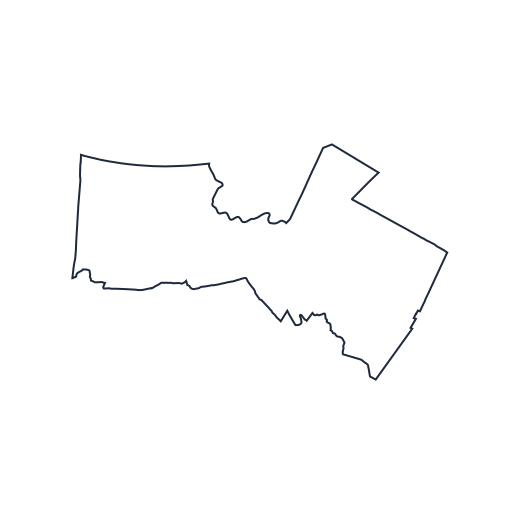 Joita, Giurgiu, Romania (Equal Earth projection), rotated 158°
{"feature_id": "2599482B22090159285998", "entity_name": "Joita", "entity_type": "district", "adm_level": 2, "iso_a3": "ROU", "parent_name": "Romania", "parent_adm1": "Giurgiu", "projection": "equal_earth", "projection_center": [25.867, 44.487], "detail": "fine", "context": "isolated", "style": "outline", "palette": "slate", "viewbox_px": 512, "rotation_deg": 158, "n_neighbors": 0, "source": "geoboundaries", "source_scale": "gbopen_adm2", "svg_char_len": 6128}
<svg xmlns="http://www.w3.org/2000/svg" viewBox="0 0 512 512"><g transform="rotate(158 256 256)"><path d="M227.0,279.3L229.8,280.8L230.4,281.3L230.8,281.6L231.0,282.1L231.2,282.7L231.2,283.3L231.2,284.6L231.1,285.1L230.6,285.6L230.4,286.4L229.9,287.0L228.3,288.3L228.0,288.8L227.9,289.6L228.0,290.6L228.1,290.8L228.3,291.0L229.5,291.7L230.5,291.9L231.8,292.2L233.3,292.2L235.6,291.9L238.3,291.4L239.1,291.3L239.6,291.1L240.2,291.1L243.5,291.1L245.1,291.6L246.4,292.1L248.6,291.9L251.0,291.5L252.7,291.4L253.8,291.6L255.4,292.4L255.9,293.1L256.2,294.0L256.5,296.3L256.9,297.3L257.4,298.5L258.0,298.9L258.5,299.2L259.4,299.3L260.3,299.2L264.0,298.7L265.3,298.8L266.1,299.5L266.3,299.9L266.5,300.5L266.6,301.0L266.6,302.8L266.7,304.2L266.9,306.2L267.8,307.4L268.5,307.9L269.0,308.1L272.9,308.7L273.8,309.0L274.3,309.4L274.7,309.8L275.1,311.0L275.1,311.8L275.1,313.1L275.2,314.8L275.4,315.6L276.5,317.5L276.9,318.0L277.2,318.6L277.3,319.3L277.3,319.9L276.9,320.7L276.2,321.7L275.7,322.2L275.4,322.8L275.1,324.2L274.7,324.9L274.2,325.5L266.7,332.1L265.6,332.8L262.4,333.4L260.7,333.8L260.4,334.3L260.2,335.1L260.4,336.6L261.7,338.1L264.3,341.0L265.0,342.7L264.9,346.8L265.1,348.6L265.5,350.9L265.7,352.9L265.9,356.2L265.8,356.9L265.5,357.9L264.8,359.2L273.0,361.6L284.0,364.9L294.8,368.7L306.4,373.0L317.4,377.7L324.5,381.1L332.3,384.9L340.6,389.3L346.3,392.5L356.8,398.8L363.5,403.1L373.9,410.4L377.2,412.8L380.4,415.4L380.8,414.3L383.6,408.1L383.8,408.1L384.9,406.0L388.6,397.6L389.6,394.9L389.8,393.7L391.0,390.8L392.8,387.3L401.8,369.4L417.2,336.9L420.9,328.7L424.3,321.9L427.7,316.6L429.2,314.1L434.6,304.2L434.0,304.0L433.3,304.2L432.3,304.4L431.4,304.1L430.4,304.4L429.6,305.9L428.2,307.0L426.7,307.3L423.7,307.7L422.4,307.9L421.7,308.4L418.5,307.1L416.2,305.4L415.9,304.6L416.1,303.5L416.4,302.6L416.8,300.5L417.8,299.1L417.9,298.1L417.6,296.9L418.2,295.5L418.1,294.9L416.2,293.2L415.5,292.2L414.4,291.6L412.2,290.8L410.2,290.2L408.4,289.5L407.5,288.4L406.1,287.6L409.3,284.5L409.4,283.0L408.3,282.5L406.7,281.9L404.5,281.2L402.3,279.8L398.5,278.3L389.2,274.1L380.5,270.0L377.5,268.3L374.5,267.2L371.6,266.6L365.1,265.5L365.3,265.2L365.0,265.1L364.0,265.1L359.8,265.8L357.6,265.9L354.2,266.6L353.8,266.6L353.5,266.5L352.5,266.2L351.5,265.6L349.6,265.0L348.7,264.6L347.4,263.9L346.4,263.6L345.4,263.2L344.5,262.8L343.5,262.0L343.0,261.7L342.4,261.5L341.8,261.4L340.6,260.9L339.1,260.4L338.1,260.0L336.9,259.4L335.3,258.2L334.9,258.1L332.2,258.3L331.4,258.5L330.8,258.8L330.1,259.1L330.5,254.8L330.2,254.7L329.8,254.1L329.0,253.2L328.8,252.8L328.8,252.5L328.8,251.9L328.7,251.2L328.3,250.6L327.8,249.8L327.1,249.2L326.4,248.7L326.0,248.5L325.5,248.4L323.7,248.2L321.6,247.6L321.2,247.6L320.8,247.6L319.4,247.9L318.5,247.9L317.5,247.7L316.7,247.5L315.6,247.0L314.7,247.0L313.1,246.4L311.2,246.2L310.3,245.8L308.6,245.6L307.7,245.4L306.4,244.8L303.9,244.2L302.6,243.9L301.7,243.8L300.3,243.5L297.8,243.2L294.9,242.6L292.2,242.3L290.3,241.8L288.3,241.5L287.0,241.1L285.4,240.9L285.1,240.8L284.3,240.9L283.3,240.7L282.5,240.8L281.0,240.5L276.7,240.2L274.7,239.8L273.9,239.5L273.6,239.2L273.4,238.9L273.0,235.1L272.4,232.4L271.8,230.5L271.6,229.4L271.1,228.0L270.4,225.8L270.2,223.9L270.2,223.6L270.4,222.2L270.5,221.6L270.5,221.2L270.0,219.7L269.9,219.2L269.8,218.7L269.7,218.4L269.7,217.8L269.4,217.0L269.2,216.0L269.2,215.4L268.7,214.4L268.6,214.2L267.7,213.4L267.3,213.0L267.2,212.7L267.1,211.9L267.0,211.7L266.6,211.1L266.4,210.4L266.2,209.9L266.0,209.5L265.9,208.7L265.7,208.4L265.4,207.8L265.2,207.4L264.6,205.5L264.2,205.0L263.9,204.0L263.4,202.7L263.1,201.6L262.4,200.0L262.2,199.5L262.1,198.9L262.1,197.8L261.7,196.6L260.7,194.8L260.5,194.1L260.1,192.5L259.9,191.6L259.1,189.7L258.3,188.2L257.5,186.2L247.5,193.5L247.3,191.0L247.3,190.5L246.9,187.4L245.8,179.9L245.3,177.2L243.5,176.4L242.2,176.1L241.6,176.1L240.0,176.3L239.5,176.6L238.9,177.1L238.6,177.5L238.5,178.0L238.1,179.9L237.8,181.5L237.8,183.6L237.7,184.0L237.5,184.4L237.1,184.7L236.8,184.7L236.5,184.6L236.3,184.4L235.8,183.6L235.7,183.2L235.6,182.4L235.0,180.5L234.7,179.2L234.5,178.7L233.5,177.7L233.2,177.0L225.0,182.0L224.6,180.7L224.5,180.1L224.3,179.7L224.0,179.3L223.2,178.9L222.7,178.8L222.4,178.7L221.5,178.8L221.1,178.7L220.9,178.6L220.5,177.9L220.3,177.7L220.0,177.5L219.8,177.5L219.2,177.3L217.8,177.3L216.9,177.1L216.4,177.2L215.8,177.3L214.9,177.2L214.3,177.1L214.0,176.8L213.8,176.5L213.8,175.9L214.3,174.1L214.4,173.4L214.6,173.0L214.9,172.0L214.2,170.3L214.2,170.1L214.3,169.8L214.9,169.1L215.0,168.8L214.9,168.3L214.4,167.4L213.2,166.1L212.8,165.3L212.7,164.8L212.8,164.3L213.1,163.4L213.2,162.9L213.2,162.4L213.4,161.8L213.6,161.4L214.1,160.0L214.6,159.4L214.7,159.2L214.4,158.9L213.9,158.2L213.7,157.8L213.6,157.4L213.6,156.0L213.5,155.6L212.2,154.8L211.9,154.4L211.7,154.0L211.6,152.7L211.5,152.3L211.4,151.9L210.9,151.1L210.0,150.3L209.2,150.0L208.5,149.5L208.2,149.2L207.7,148.4L207.1,147.7L207.0,147.4L206.8,146.7L206.4,142.5L206.6,142.2L206.9,142.0L207.3,141.6L208.9,139.7L209.0,139.5L209.2,138.5L209.3,137.9L209.6,137.3L210.4,136.3L211.1,135.4L211.3,134.8L212.0,133.5L212.2,132.7L212.1,132.2L198.3,121.3L197.0,120.1L196.6,119.2L195.0,116.5L193.6,114.4L193.4,113.9L193.2,113.4L193.1,112.6L193.2,112.1L193.5,110.8L194.0,108.1L195.0,103.8L195.4,101.6L192.6,98.2L191.3,96.6L140.2,128.9L138.4,130.1L139.6,131.5L131.3,137.8L133.0,139.3L129.4,142.5L129.2,142.3L126.3,144.8L124.7,143.3L118.6,149.0L116.4,150.9L115.5,152.0L108.9,158.1L77.4,187.6L78.0,188.3L79.5,190.9L80.8,192.4L82.1,194.1L84.8,197.4L86.1,199.8L90.2,204.6L92.0,206.5L92.7,207.4L93.8,209.0L95.4,210.7L101.6,218.6L104.0,221.4L104.9,222.7L106.1,224.2L109.9,228.8L116.6,237.0L125.5,247.9L127.8,250.9L129.1,252.4L130.1,253.6L132.2,255.9L132.9,256.8L134.9,259.6L141.3,267.1L143.1,269.4L145.2,271.8L145.7,272.6L145.6,272.9L123.8,282.3L117.0,285.1L111.1,287.4L143.8,331.0L153.3,331.1L165.5,319.6L172.6,313.1L189.7,296.7L195.6,291.4L210.2,277.8L211.6,277.0L215.7,275.2L216.2,276.5L216.4,276.8L216.9,277.4L217.9,278.3L218.7,279.0L219.6,279.3L220.3,279.3L222.2,279.0L223.0,278.9L224.2,278.8L225.4,278.9L226.0,279.0L227.0,279.3Z" fill="none" stroke="#1e293b" stroke-width="2"/></g></svg>